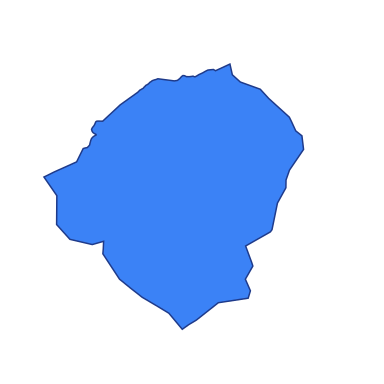 Jargalant, Hövsgöl, Mongolia (Robinson projection), rotated 48°
{"feature_id": "93677404B92593673240839", "entity_name": "Jargalant", "entity_type": "district", "adm_level": 2, "iso_a3": "MNG", "parent_name": "Mongolia", "parent_adm1": "Hövsgöl", "projection": "robinson", "projection_center": [99.301, 48.56], "detail": "fine", "context": "isolated", "style": "filled", "palette": "blue", "viewbox_px": 384, "rotation_deg": 48, "n_neighbors": 0, "source": "geoboundaries", "source_scale": "gbopen_adm2", "svg_char_len": 1424}
<svg xmlns="http://www.w3.org/2000/svg" viewBox="0 0 384 384"><g transform="rotate(48 192 192)"><path d="M223.8,72.7L216.0,74.0L206.1,70.9L201.5,69.6L173.8,72.4L173.7,72.4L161.3,72.5L142.6,82.5L131.9,83.6L122.3,78.2L117.6,93.4L115.3,94.1L113.8,96.1L112.0,98.6L111.4,100.7L111.1,102.0L110.6,104.4L109.4,108.2L108.8,111.4L108.4,112.7L107.8,113.2L106.6,113.7L106.0,114.7L104.6,116.7L102.5,119.0L100.6,119.7L99.4,120.8L99.2,122.5L99.5,125.1L99.3,128.2L97.6,130.8L85.0,141.6L84.3,143.5L83.5,145.0L82.8,146.7L82.6,147.5L82.6,148.2L82.5,149.0L82.3,149.9L82.5,151.9L82.2,153.7L81.8,155.3L82.1,156.3L82.0,157.4L82.3,158.7L81.8,160.8L81.7,161.7L81.4,162.4L81.6,165.5L79.2,186.9L79.6,211.0L76.2,214.6L75.5,215.7L75.5,216.7L76.3,218.3L77.1,220.3L77.5,222.9L78.2,224.7L80.0,225.6L81.6,225.8L83.4,225.4L85.0,224.8L85.5,225.3L85.2,226.3L84.8,228.3L85.0,230.8L85.9,232.7L87.4,235.0L88.6,236.7L88.8,238.5L88.9,240.1L87.7,242.1L86.9,243.8L92.4,257.6L84.9,281.0L81.8,292.0L104.3,294.9L125.6,314.4L145.5,314.4L164.3,301.3L169.5,290.7L174.9,296.0L178.3,299.6L208.3,304.2L223.0,301.9L229.7,300.7L236.8,299.5L252.1,294.7L266.6,290.3L287.5,291.1L288.4,283.1L290.1,274.5L290.1,274.4L291.9,246.5L308.5,221.3L304.5,214.7L292.5,210.7L287.8,196.4L287.7,196.3L284.1,194.7L268.0,188.3L274.1,160.4L273.5,157.7L257.4,135.9L251.7,119.4L246.0,114.1L240.9,104.8L240.9,104.7L235.0,80.6L223.8,72.7Z" fill="#3b82f6" stroke="#1e3a8a" stroke-width="1.5"/></g></svg>